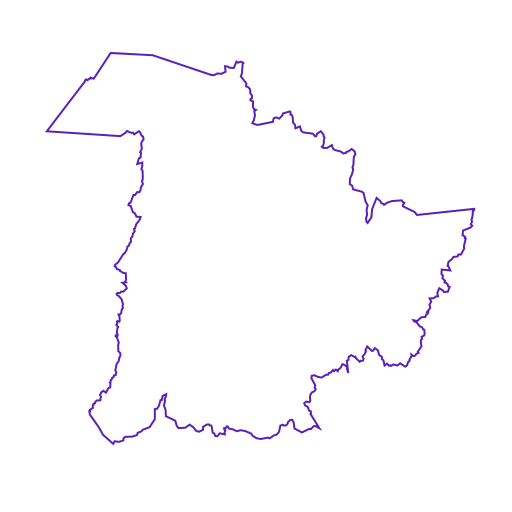 Tinogasta, Catamarca, Argentina, rotated 183°
{"feature_id": "61730980B86901307553736", "entity_name": "Tinogasta", "entity_type": "district", "adm_level": 2, "iso_a3": "ARG", "parent_name": "Argentina", "parent_adm1": "Catamarca", "projection": "natural_earth1", "projection_center": [-68.378, -27.542], "detail": "fine", "context": "isolated", "style": "outline", "palette": "violet", "viewbox_px": 512, "rotation_deg": 183, "n_neighbors": 0, "source": "geoboundaries", "source_scale": "gbopen_adm2", "svg_char_len": 6002}
<svg xmlns="http://www.w3.org/2000/svg" viewBox="0 0 512 512"><g transform="rotate(183 256 256)"><path d="M471.4,369.6L397.8,368.6L392.7,372.2L391.4,374.1L386.9,372.4L385.2,372.7L384.0,371.1L379.5,374.5L378.0,373.2L376.7,370.4L375.0,369.3L374.4,366.7L376.2,363.7L376.5,361.9L375.6,357.2L377.1,353.6L376.3,353.1L376.5,348.1L378.0,347.5L379.4,341.6L374.4,343.4L374.3,339.5L375.0,336.7L373.7,335.1L373.1,327.2L373.7,324.5L372.7,322.0L374.6,318.4L374.7,315.9L375.7,313.7L378.0,313.6L380.0,310.4L381.6,310.6L384.0,302.8L385.7,301.9L386.0,300.0L383.8,299.5L381.3,293.5L379.2,292.3L377.4,289.0L373.3,288.9L373.8,286.6L377.3,281.4L378.3,277.2L379.3,276.6L378.4,274.4L380.1,271.7L380.5,268.8L382.0,267.1L381.6,263.6L382.8,262.3L383.5,259.6L384.8,258.8L385.4,255.6L387.2,252.0L388.7,250.8L393.3,242.6L396.2,239.8L396.6,238.2L395.0,237.4L394.3,235.7L391.2,234.9L391.0,233.9L387.4,232.1L385.2,232.0L384.8,229.0L384.5,225.8L385.2,223.7L384.5,223.0L388.0,222.3L384.6,219.6L383.3,217.0L386.5,213.5L388.9,213.4L389.8,212.0L392.6,211.7L393.2,210.9L392.7,209.7L391.0,208.9L387.9,205.7L386.3,200.9L386.7,199.1L386.2,197.2L387.3,195.4L387.7,191.8L388.8,190.5L390.2,190.4L389.1,188.0L388.7,184.1L389.1,183.3L390.8,183.8L391.5,183.3L391.0,181.4L391.9,179.9L389.9,177.8L390.6,177.0L391.0,171.7L389.9,170.1L390.2,169.0L391.9,169.3L392.0,168.5L390.7,167.5L388.5,162.5L389.0,159.9L388.5,153.8L386.4,151.9L386.2,149.2L387.2,147.3L387.7,143.6L389.5,141.1L390.5,134.3L389.4,132.4L389.9,129.7L391.5,129.4L392.0,127.5L393.3,126.9L393.6,125.3L394.7,124.4L394.6,122.7L395.3,121.9L394.7,121.3L394.7,117.1L396.4,116.5L398.6,111.7L401.4,113.4L403.4,111.7L404.5,109.0L403.5,107.5L404.0,103.6L407.1,103.5L408.7,102.2L409.2,100.4L410.5,100.0L410.5,98.9L411.2,98.5L410.9,95.9L413.8,93.6L413.5,92.3L414.3,92.4L413.7,89.1L404.0,76.7L399.5,69.5L388.7,60.9L387.5,63.6L383.1,63.2L378.8,64.9L378.7,67.1L377.2,68.5L370.0,69.2L365.5,70.9L364.9,73.2L361.3,74.9L359.9,76.6L353.3,79.5L348.5,87.7L349.0,97.9L346.8,98.3L345.2,101.1L343.8,107.1L342.5,107.2L341.9,111.4L338.4,113.3L338.5,111.4L339.6,108.9L339.3,106.5L340.1,102.1L338.2,97.3L337.6,91.3L328.0,87.3L326.2,82.1L324.3,80.1L317.7,80.8L313.4,84.1L309.4,81.5L306.9,78.4L303.8,77.5L299.9,79.6L299.9,82.7L296.0,85.2L294.3,85.4L293.4,84.4L292.0,84.4L291.2,83.1L290.1,77.4L288.4,76.6L287.2,74.1L285.1,74.0L283.0,77.0L277.8,76.2L278.2,77.9L277.5,80.4L278.7,81.3L278.8,82.4L277.2,82.6L276.5,84.2L275.5,84.4L274.0,82.2L270.4,81.8L265.8,80.0L262.6,81.2L257.8,80.7L251.5,78.4L249.9,76.2L246.1,74.1L241.9,73.5L234.2,75.3L232.8,74.6L229.0,77.6L225.8,78.9L223.8,81.6L222.8,87.9L220.4,88.9L219.2,88.1L217.0,88.5L215.7,90.1L215.3,91.9L213.0,94.2L211.1,94.2L209.6,91.4L208.5,85.7L200.9,82.2L193.9,86.1L192.0,86.1L189.5,89.1L187.9,89.3L183.7,87.3L193.3,101.1L192.8,101.8L193.2,103.8L194.7,104.2L196.6,108.2L199.1,109.3L200.2,111.5L198.2,113.3L195.0,112.8L194.2,114.3L194.8,118.4L194.2,120.9L192.8,122.9L190.7,123.9L189.4,126.1L190.6,127.9L190.1,130.1L194.3,136.9L194.1,139.3L191.4,140.0L187.9,138.5L184.0,138.1L180.0,141.0L177.7,141.3L177.2,143.0L175.4,143.4L173.1,146.2L172.1,145.0L170.3,146.8L168.3,145.3L168.0,146.7L165.8,148.6L164.0,152.5L161.7,151.8L159.2,149.8L159.3,148.3L157.7,143.9L159.8,156.1L158.3,157.1L158.1,160.2L155.7,162.0L152.5,160.4L151.5,160.7L150.8,159.1L146.9,155.8L146.2,156.8L143.7,157.0L143.1,159.1L144.1,160.5L144.2,161.8L142.6,163.3L141.2,166.6L141.8,167.6L140.2,171.5L135.4,167.3L134.2,167.5L132.4,170.2L129.4,168.2L127.9,163.7L125.0,161.8L124.8,159.5L123.3,158.5L121.9,153.3L119.4,155.4L117.5,153.4L116.1,153.9L115.4,153.3L113.2,154.9L109.0,154.1L106.4,156.4L101.3,153.3L99.5,154.6L98.5,158.1L97.1,159.4L97.3,160.7L95.5,164.1L95.7,165.7L94.0,164.4L92.3,164.5L90.4,166.9L88.6,167.7L89.4,168.9L86.0,174.5L87.0,179.1L86.8,180.8L85.8,181.8L86.4,184.0L83.9,185.4L83.5,187.4L84.1,191.2L85.0,191.3L86.7,193.7L88.8,194.3L92.2,198.3L94.7,199.0L95.5,200.1L91.6,199.5L87.8,203.4L83.7,204.0L83.0,206.5L81.7,207.1L81.0,208.8L82.2,209.0L79.3,213.2L80.2,216.6L78.6,219.5L80.4,222.7L76.3,223.2L74.1,225.1L72.1,225.2L73.0,228.7L71.3,233.4L67.4,231.3L66.4,229.9L62.5,230.4L61.0,235.3L62.4,235.6L63.1,237.6L64.6,239.1L66.4,239.5L65.9,241.1L68.6,243.5L68.3,246.2L69.9,247.8L69.8,252.2L61.2,251.7L63.4,256.0L64.1,256.1L63.5,260.2L60.1,263.2L58.8,265.4L54.6,266.1L54.0,268.1L51.4,268.2L48.5,274.3L48.9,276.4L47.5,284.3L48.4,284.7L48.0,286.0L50.8,287.6L50.5,292.3L43.3,295.6L41.7,297.6L43.1,298.9L42.0,301.8L42.7,303.0L41.8,307.6L41.8,312.4L40.7,312.9L40.6,314.5L97.4,305.4L100.0,308.3L111.8,313.3L112.1,313.9L110.7,317.0L112.0,317.2L113.3,319.2L123.0,318.0L127.6,316.2L130.8,313.8L131.5,314.7L133.7,315.4L134.6,317.2L138.6,320.3L142.5,308.8L142.8,300.7L146.3,294.8L147.5,296.0L148.1,299.4L147.2,302.9L148.0,308.0L147.1,312.3L149.6,316.5L151.9,324.6L153.5,325.7L162.6,327.7L163.6,331.2L166.1,332.7L166.1,338.6L164.4,342.7L163.5,347.4L164.3,349.6L163.5,352.0L163.5,360.1L162.1,362.7L162.9,365.6L166.1,367.9L169.2,365.3L171.1,364.8L171.7,363.6L174.4,363.0L176.8,364.8L183.0,366.0L184.8,367.4L186.1,370.7L190.6,367.7L194.0,367.4L195.6,368.1L196.0,368.6L194.8,369.5L194.1,372.7L194.4,374.9L193.8,377.9L194.9,379.5L194.9,380.7L197.8,384.0L201.5,381.3L201.9,379.1L203.2,378.5L205.5,381.1L215.3,381.9L217.4,383.4L218.9,387.7L223.3,385.6L223.9,389.0L225.9,391.1L226.8,397.2L227.8,398.9L229.0,399.0L229.1,401.6L229.8,402.2L236.6,399.7L237.1,397.7L240.0,394.4L243.5,395.5L245.6,394.3L246.1,390.9L259.8,387.3L262.2,387.0L266.6,388.4L265.3,391.3L264.4,396.4L265.3,400.5L263.7,401.9L265.7,402.6L266.8,404.4L267.1,410.3L269.6,411.1L269.7,412.5L268.3,413.2L268.4,416.0L270.3,418.3L270.5,422.0L272.8,424.3L274.8,424.9L274.7,427.9L280.6,434.6L279.6,437.5L279.4,447.4L278.7,448.0L280.0,448.9L281.9,449.2L284.0,448.1L285.6,449.1L288.0,442.6L292.5,442.7L294.0,443.7L296.9,443.9L296.0,438.4L300.2,436.1L304.1,436.3L306.8,434.7L309.3,434.2L369.7,451.1L411.8,451.1L427.3,424.6L429.5,425.2L430.1,424.6L430.7,425.3L433.5,422.7L434.8,423.5L435.8,422.6L436.0,421.4L471.4,369.6Z" fill="none" stroke="#5b21b6" stroke-width="2"/></g></svg>